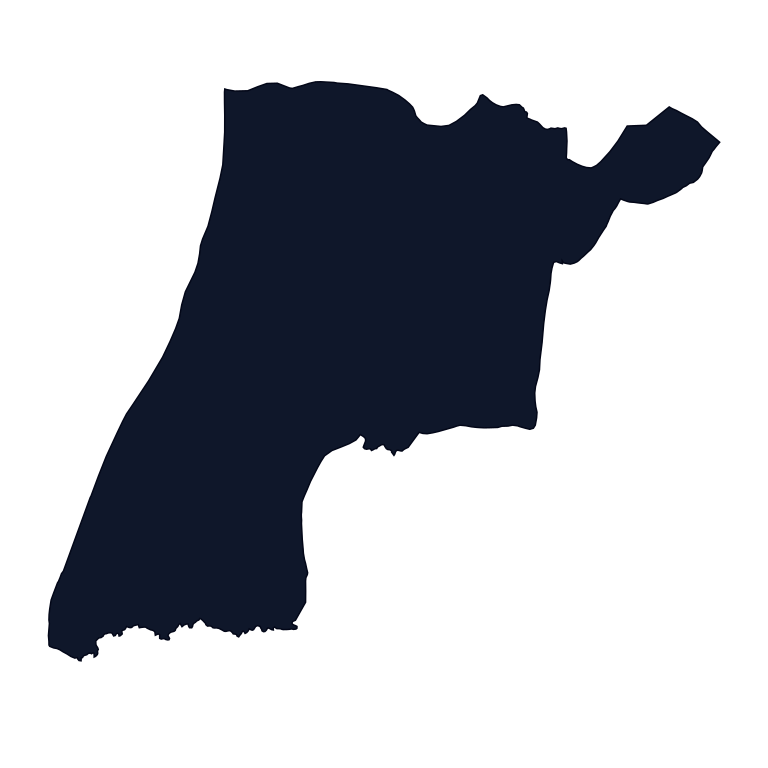 Odongk, Kâmpóng Spœ, Cambodia, rotated 184°
{"feature_id": "14789045B64989528784016", "entity_name": "Odongk", "entity_type": "district", "adm_level": 2, "iso_a3": "KHM", "parent_name": "Cambodia", "parent_adm1": "Kâmpóng Spœ", "projection": "robinson", "projection_center": [104.6, 11.691], "detail": "fine", "context": "isolated", "style": "filled", "palette": "ink", "viewbox_px": 768, "rotation_deg": 184, "n_neighbors": 0, "source": "geoboundaries", "source_scale": "gbopen_adm2", "svg_char_len": 6121}
<svg xmlns="http://www.w3.org/2000/svg" viewBox="0 0 768 768"><g transform="rotate(184 384 384)"><path d="M455.9,142.1L447.0,160.8L447.7,172.0L448.5,182.1L448.4,185.3L447.2,188.5L447.0,190.4L448.3,194.5L449.7,199.4L451.1,203.4L452.6,209.5L453.2,213.8L454.7,223.3L456.6,239.1L456.7,242.5L457.2,245.8L457.4,248.3L457.3,250.4L457.6,260.8L455.7,266.8L453.5,272.9L450.5,281.8L444.5,295.9L441.5,302.3L438.3,308.2L431.3,314.0L422.8,318.0L414.5,322.1L408.1,326.2L405.7,329.5L404.1,331.9L400.7,330.1L398.7,328.3L398.4,325.8L399.6,321.9L400.3,319.5L398.9,318.1L396.8,317.7L395.1,318.2L393.5,318.4L392.5,317.8L391.9,316.8L390.5,317.5L388.6,318.8L386.8,319.1L386.0,320.7L382.1,323.3L380.7,323.5L379.4,323.1L378.8,321.8L377.1,319.6L375.7,318.9L373.5,318.8L371.8,317.9L371.7,316.6L369.1,313.5L368.5,314.5L367.7,317.3L366.8,318.6L365.4,318.9L362.6,318.4L361.3,318.4L359.7,320.0L358.7,320.7L357.0,321.7L355.5,322.5L345.6,338.2L341.8,337.4L337.5,337.4L332.1,338.7L326.5,340.4L311.3,345.9L308.6,347.1L305.3,348.2L299.5,348.1L293.7,347.4L288.5,347.2L285.7,347.2L281.0,347.3L276.4,347.7L267.5,348.6L263.4,350.1L257.3,350.7L252.9,351.9L247.8,351.6L245.4,350.9L239.6,349.7L235.4,349.0L231.9,350.3L230.2,353.5L229.4,360.8L229.4,366.5L231.0,371.9L232.1,377.5L233.0,385.5L232.7,392.1L230.9,401.3L229.9,409.0L230.1,419.4L229.2,436.3L228.9,455.5L228.2,468.4L227.2,479.2L225.8,488.6L225.2,496.7L225.1,499.4L225.1,506.0L224.5,511.4L223.3,517.2L220.6,518.2L217.3,517.1L214.5,516.5L214.8,519.3L213.3,517.4L210.6,517.0L206.5,516.6L202.7,517.9L199.8,519.5L198.3,520.8L196.0,523.4L193.9,525.4L189.7,530.0L187.3,532.4L184.1,537.1L182.6,539.7L180.1,545.0L175.8,552.8L173.4,556.8L172.8,558.9L171.8,561.5L170.0,567.2L168.4,570.8L167.4,573.1L166.3,574.5L165.3,576.0L164.1,578.2L163.4,579.9L162.2,582.6L160.9,585.2L157.9,584.2L153.8,583.1L151.7,582.7L147.1,582.7L142.5,582.4L136.7,582.2L134.6,582.0L133.3,582.0L128.2,584.0L124.0,586.2L118.5,588.6L114.0,591.1L111.8,592.2L106.4,595.0L105.1,595.9L100.6,599.8L99.9,600.8L96.2,602.9L93.2,605.6L89.4,606.7L85.4,610.3L83.6,612.9L81.9,616.7L81.5,618.9L81.2,622.8L78.8,626.7L75.7,632.0L74.5,634.7L72.8,639.0L71.2,641.1L69.4,643.9L66.0,648.6L78.8,657.8L85.2,662.6L89.6,667.2L95.0,670.1L101.4,672.8L106.5,675.0L111.3,677.2L115.8,678.8L118.8,680.3L140.3,660.4L159.4,658.3L167.6,642.7L174.8,631.6L183.3,620.8L187.2,616.9L190.2,615.1L192.4,614.0L197.2,614.1L201.5,615.0L206.6,616.7L211.7,619.0L214.7,620.7L216.6,620.6L218.0,622.4L218.0,627.3L218.2,632.0L218.4,639.1L219.5,648.1L220.2,651.8L221.7,652.1L224.6,651.1L226.6,651.2L228.5,651.6L231.2,650.6L235.3,650.9L236.4,650.2L238.5,649.4L240.7,649.5L243.4,650.8L247.0,654.2L249.2,656.0L255.3,657.7L257.0,658.4L258.8,658.9L260.1,659.6L259.8,663.9L260.8,665.2L262.6,665.5L263.2,667.0L264.2,669.0L265.5,669.6L268.4,672.0L271.7,672.1L276.0,671.4L284.2,668.8L287.1,669.0L291.6,670.3L295.5,672.2L298.5,674.2L301.2,676.6L305.7,679.4L308.0,678.4L310.5,670.8L312.5,668.0L316.9,663.9L322.4,657.7L330.1,651.0L337.2,646.5L345.1,644.9L359.1,645.3L362.2,646.5L365.1,647.9L367.2,650.0L369.4,652.0L371.0,653.8L372.7,658.4L373.6,660.2L374.7,662.1L378.1,665.2L382.9,668.8L389.5,672.9L395.7,675.6L400.3,677.3L401.6,678.0L412.1,679.0L440.7,680.9L451.6,680.9L454.9,681.3L468.2,681.1L473.3,680.6L479.6,678.7L485.7,676.2L490.1,674.7L496.0,672.5L498.8,672.7L511.4,676.6L521.8,675.6L530.8,671.7L540.4,667.0L553.3,665.8L561.3,666.7L563.4,667.2L563.5,664.1L562.7,653.4L561.6,640.7L560.5,624.1L560.3,610.4L560.1,591.5L561.9,577.9L565.5,558.0L567.8,543.7L570.6,529.0L575.1,515.9L576.7,509.1L577.0,500.9L578.0,491.4L580.4,482.3L588.6,462.1L591.3,448.9L592.8,435.2L595.7,424.8L600.3,411.7L606.7,395.4L619.0,370.8L633.0,346.1L638.8,336.1L642.0,328.7L646.7,316.8L656.0,292.4L662.3,272.6L668.5,251.6L669.1,250.4L690.8,174.9L692.5,172.3L693.5,168.7L694.9,164.5L695.8,162.9L699.0,152.3L701.0,145.3L701.8,136.0L702.0,130.6L701.8,125.2L701.1,121.8L701.2,109.6L700.3,103.8L700.0,100.2L699.2,99.0L695.2,97.7L691.7,97.3L688.7,96.2L685.8,94.6L681.4,92.6L677.2,90.3L673.3,89.0L671.0,89.7L670.4,88.4L669.0,86.9L666.9,86.7L666.9,89.8L665.7,90.0L665.0,91.6L664.1,92.3L661.6,93.2L660.4,94.5L658.4,95.1L656.9,94.5L655.7,95.5L654.6,95.2L654.3,93.8L654.1,91.4L652.7,92.2L651.1,94.1L650.8,95.4L651.0,96.5L651.2,97.8L650.5,99.3L651.3,101.1L652.4,102.5L653.2,104.0L653.6,107.5L652.9,108.4L650.9,110.7L648.4,111.4L646.5,113.0L646.2,114.1L645.2,115.2L643.7,115.5L641.5,116.5L639.4,116.8L637.9,116.5L636.1,113.8L634.5,114.4L633.7,116.1L632.4,116.8L631.3,116.4L630.7,114.1L629.5,114.5L627.7,116.4L628.4,119.3L627.4,120.1L625.7,120.8L624.9,121.9L623.9,124.1L621.1,123.3L619.4,123.3L618.1,124.1L617.2,125.3L612.4,126.9L611.1,123.8L609.0,124.3L606.3,124.8L604.6,124.8L603.3,123.9L599.7,122.5L598.3,122.3L596.8,121.9L595.3,120.8L594.6,117.4L591.7,119.0L590.2,118.0L590.2,116.2L590.0,114.6L588.4,114.0L586.8,114.5L585.5,114.7L583.9,113.9L581.9,113.6L580.6,113.9L580.2,115.2L581.1,116.7L582.0,117.9L581.2,120.0L579.7,121.3L578.5,121.9L577.3,122.2L575.8,122.9L575.0,123.8L574.7,125.5L572.8,127.7L571.9,129.9L570.6,130.8L568.6,127.8L566.6,129.7L564.5,130.7L562.8,131.0L562.4,129.9L561.8,128.4L561.0,127.3L558.8,127.4L558.1,128.7L557.8,130.9L556.8,132.2L555.4,133.2L554.7,134.2L553.4,135.1L552.3,135.6L551.3,137.3L549.9,136.7L548.2,135.4L545.3,132.7L544.9,131.5L543.2,130.2L540.3,130.6L538.8,129.9L537.6,128.9L536.1,128.8L533.9,129.0L531.6,128.7L528.1,127.2L526.1,126.2L524.5,126.2L522.3,126.9L520.3,127.2L519.0,126.4L517.7,125.2L517.0,124.2L514.8,124.1L513.7,123.8L512.9,122.2L511.3,121.6L510.5,123.0L509.0,125.0L508.2,126.9L507.5,127.7L506.5,127.4L505.2,125.5L503.6,126.5L502.2,128.3L501.4,130.4L499.8,129.6L498.3,129.2L497.0,129.8L495.2,133.1L493.6,134.1L492.1,133.9L490.7,133.5L489.9,132.0L489.1,131.0L488.4,129.2L486.9,128.5L485.5,128.8L484.2,130.2L483.2,132.3L482.1,132.5L480.8,132.0L479.0,131.1L477.2,130.9L477.5,132.9L476.1,134.0L475.1,133.2L474.0,132.5L471.6,132.6L470.2,132.6L468.5,132.1L467.3,132.0L463.1,132.4L461.3,132.7L459.0,133.2L457.1,132.9L454.7,133.4L453.8,134.3L453.9,136.1L455.2,136.7L456.2,137.0L457.4,137.4L458.4,137.9L459.2,139.1L458.5,140.8L455.9,142.1Z" fill="#0f172a" stroke="#020617" stroke-width="1.5"/></g></svg>